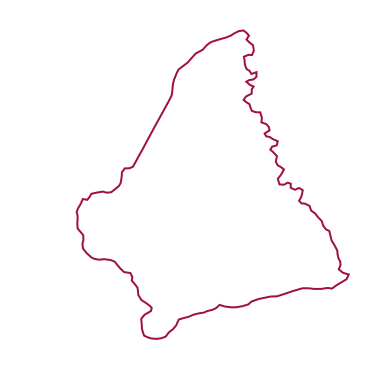 Aroeiras, Paraíba, Brazil, rotated 71°
{"feature_id": "56859067B93377817008282", "entity_name": "Aroeiras", "entity_type": "district", "adm_level": 2, "iso_a3": "BRA", "parent_name": "Brazil", "parent_adm1": "Paraíba", "projection": "robinson", "projection_center": [-35.699, -7.545], "detail": "fine", "context": "isolated", "style": "outline", "palette": "rose", "viewbox_px": 384, "rotation_deg": 71, "n_neighbors": 0, "source": "geoboundaries", "source_scale": "gbopen_adm2", "svg_char_len": 2632}
<svg xmlns="http://www.w3.org/2000/svg" viewBox="0 0 384 384"><g transform="rotate(71 192 192)"><path d="M324.8,74.3L321.1,70.6L317.6,75.5L312.9,78.4L309.3,75.3L306.0,74.5L302.7,75.1L298.6,74.7L294.5,73.7L288.3,74.7L283.2,75.8L277.9,75.3L273.6,74.9L270.8,77.6L266.6,78.9L261.6,78.8L257.2,80.9L252.5,82.5L248.4,85.4L243.4,85.4L239.8,88.9L238.4,92.2L235.2,93.6L232.5,90.6L229.8,88.6L226.3,86.7L223.0,89.5L223.4,93.9L220.1,97.3L216.3,95.9L214.3,98.6L215.1,102.5L213.3,106.8L207.5,106.6L204.5,102.0L200.6,97.7L197.4,99.8L194.6,102.3L190.7,102.9L185.7,100.0L180.7,102.3L177.5,104.1L175.2,101.5L175.5,96.8L172.0,94.4L168.3,98.3L165.3,100.6L163.5,103.7L160.3,104.3L159.0,98.6L155.4,98.2L152.1,99.6L148.7,103.7L144.8,101.8L138.9,101.5L137.4,105.6L134.8,109.0L131.5,109.2L127.6,109.1L124.7,111.5L121.7,113.2L119.3,109.9L118.4,103.5L114.4,102.1L112.3,99.4L109.6,102.4L105.4,104.7L104.8,101.3L105.6,97.3L104.1,93.6L99.7,92.0L99.7,97.4L96.2,98.2L93.4,100.4L88.7,100.5L84.5,99.4L81.0,98.9L80.7,93.9L82.1,90.7L78.5,87.5L73.1,86.5L69.0,89.2L65.6,90.8L62.6,87.2L58.7,88.9L56.0,90.8L55.1,95.5L55.8,100.6L56.8,104.6L57.0,109.7L56.6,116.9L56.4,122.5L56.6,126.1L58.2,130.7L61.0,135.6L61.7,139.9L62.3,143.5L64.2,146.9L65.9,150.0L68.2,153.9L70.1,159.7L71.7,164.6L74.1,167.3L79.7,172.2L83.8,174.9L88.2,176.9L93.2,179.2L95.6,181.3L99.5,185.4L102.6,188.9L106.2,192.8L110.9,198.0L113.7,201.1L119.2,207.2L133.1,222.2L136.9,226.3L140.8,230.8L144.4,234.6L148.9,239.7L149.2,243.4L147.8,247.8L150.4,251.7L155.1,253.7L160.4,256.6L162.7,259.5L164.1,263.4L165.9,268.4L164.9,272.9L162.7,275.9L161.9,280.0L161.4,283.8L160.9,287.7L163.1,290.2L165.3,293.5L163.1,297.6L166.9,301.0L170.1,304.8L173.4,307.6L177.1,307.9L180.2,308.9L184.5,310.7L189.3,312.0L193.2,310.5L197.3,308.9L202.0,310.3L205.6,312.6L210.0,313.4L215.2,311.7L221.1,308.4L223.5,306.0L225.7,302.0L227.0,296.7L229.9,291.0L232.8,287.7L236.6,286.4L241.2,284.6L245.6,282.3L248.6,276.6L253.0,276.1L256.3,277.8L259.9,276.3L264.5,274.7L268.1,275.3L271.9,276.3L277.7,275.0L281.8,271.8L285.6,269.1L288.5,267.8L291.2,269.6L292.6,276.8L295.4,281.3L300.3,282.5L304.9,283.8L308.5,284.1L312.3,284.0L314.7,281.5L317.3,278.1L319.5,272.9L320.3,268.4L320.2,264.0L317.1,259.4L315.6,254.8L313.0,250.4L308.3,246.1L308.5,240.2L308.9,236.2L308.5,230.5L308.9,225.6L309.9,220.0L309.5,216.3L310.1,211.3L309.5,206.7L307.7,202.7L311.1,198.0L313.9,192.2L315.4,187.7L316.4,181.3L316.6,175.3L314.9,171.4L314.9,163.5L315.6,158.3L316.4,151.9L318.3,145.5L318.5,136.6L318.5,129.0L319.0,118.9L321.1,112.8L323.4,108.2L325.7,101.4L326.9,94.8L328.9,91.2L327.1,85.4L325.7,78.4L324.8,74.3Z" fill="none" stroke="#9f1239" stroke-width="2"/></g></svg>